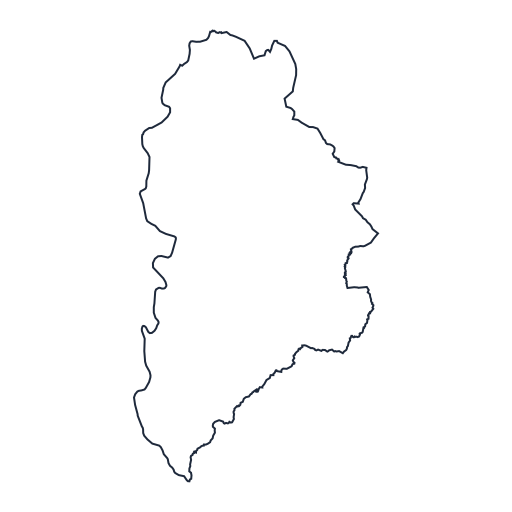 outline of Binduri, Upper East, Ghana
{"feature_id": "2480657B66646573774103", "entity_name": "Binduri", "entity_type": "district", "adm_level": 2, "iso_a3": "GHA", "parent_name": "Ghana", "parent_adm1": "Upper East", "projection": "natural_earth1", "projection_center": [-0.323, 10.946], "detail": "fine", "context": "isolated", "style": "outline", "palette": "slate", "viewbox_px": 512, "rotation_deg": 0, "n_neighbors": 0, "source": "geoboundaries", "source_scale": "gbopen_adm2", "svg_char_len": 6067}
<svg xmlns="http://www.w3.org/2000/svg" viewBox="0 0 512 512"><path d="M373.3,308.8L372.5,307.7L373.2,306.2L373.4,305.2L372.0,303.9L372.4,303.1L371.7,302.5L371.0,300.9L371.1,299.5L370.2,296.8L369.9,294.2L367.7,292.3L368.7,290.0L366.8,287.0L358.3,287.8L357.8,287.5L354.2,287.2L347.5,288.0L346.8,285.6L346.8,283.9L346.2,283.2L346.8,281.7L346.3,280.7L346.1,278.6L345.9,278.1L345.1,278.0L345.1,277.5L343.9,277.1L343.9,276.6L344.8,275.9L344.9,275.3L345.6,275.1L345.4,274.7L344.9,274.9L344.9,274.0L345.5,274.3L345.7,274.0L345.6,272.7L345.1,272.2L345.8,271.4L344.9,268.2L345.2,267.4L344.8,266.8L345.2,266.6L345.0,266.0L345.3,265.7L344.8,264.8L345.4,264.4L345.6,263.2L346.8,263.0L346.7,262.5L347.3,261.8L347.2,260.4L348.6,258.4L348.4,257.9L347.7,257.6L347.8,256.8L348.5,256.4L348.7,254.8L349.2,255.0L350.0,254.6L349.8,253.7L351.1,253.3L351.1,253.0L350.5,252.7L350.6,252.2L350.1,252.2L350.4,251.8L351.5,251.7L350.9,249.3L352.4,248.4L352.6,247.8L355.4,246.7L358.2,246.6L360.3,246.0L363.4,246.3L365.0,245.8L370.9,242.6L374.0,238.2L378.0,233.4L372.5,229.1L371.4,226.6L369.9,224.3L367.4,222.2L365.7,219.7L363.0,218.2L362.0,216.3L355.2,209.5L353.7,205.6L352.6,204.3L353.7,203.2L358.6,203.6L358.3,202.6L360.5,199.1L362.8,193.1L363.7,191.9L365.1,188.0L364.9,184.5L366.9,179.2L367.2,177.7L366.2,170.2L366.5,167.8L362.7,166.9L360.4,167.7L358.4,167.6L356.3,166.2L350.8,165.1L345.8,164.7L338.3,161.8L339.2,160.6L338.7,159.4L338.2,159.9L337.4,158.6L336.3,158.4L336.0,157.5L334.3,157.1L332.7,153.8L334.3,151.5L334.6,148.1L333.4,146.4L332.0,145.4L330.1,144.4L327.2,144.1L325.9,142.9L325.3,141.0L324.7,140.0L323.5,139.3L320.2,132.9L317.5,128.6L313.1,127.1L309.2,127.0L301.7,122.7L297.9,119.9L292.8,119.1L293.4,117.0L294.3,115.3L294.3,111.6L292.1,109.1L290.6,108.0L286.3,106.7L284.6,98.6L292.8,91.4L293.2,87.8L296.1,75.2L296.2,69.1L295.3,64.0L289.5,51.4L285.1,46.0L277.6,42.7L276.9,40.9L274.3,40.9L272.1,45.5L271.3,48.9L270.0,51.9L268.3,49.9L267.3,50.0L265.8,51.1L264.5,55.3L259.3,56.3L254.0,58.7L249.7,48.4L244.6,40.8L236.0,36.8L232.3,35.4L230.4,35.0L226.6,32.0L221.6,33.1L221.1,32.2L220.2,32.5L219.5,32.2L218.2,33.0L216.1,32.4L215.6,31.7L214.0,30.7L213.0,31.3L212.4,30.7L210.8,32.1L210.2,31.9L209.0,36.1L208.1,38.0L206.4,39.8L200.2,41.7L196.2,41.8L192.4,41.2L190.8,41.5L189.6,43.3L189.2,45.7L189.9,50.0L189.6,53.9L188.2,60.5L186.9,62.1L184.0,64.0L182.2,65.7L180.2,64.8L179.7,66.2L175.1,73.9L165.7,82.4L163.3,87.9L163.2,89.7L161.5,97.8L162.3,102.6L162.7,103.5L164.7,105.2L169.1,106.8L170.1,108.3L170.1,112.3L167.6,116.7L161.6,122.5L151.9,127.8L149.2,128.0L145.1,130.7L143.6,132.4L143.1,134.2L142.3,134.8L142.0,137.1L142.3,144.1L142.8,146.2L143.7,148.0L147.7,153.2L149.5,157.0L149.1,170.3L148.7,173.3L146.4,180.6L146.3,186.5L145.7,188.4L145.0,189.0L140.6,191.4L139.8,193.8L143.2,203.2L146.1,218.4L147.3,221.2L151.4,223.9L155.3,225.8L159.9,231.1L165.9,233.9L174.3,236.4L175.5,237.2L175.9,238.0L175.8,239.5L172.1,252.7L170.6,256.1L168.0,257.6L161.4,256.0L158.0,256.3L154.9,258.8L152.9,263.1L153.1,267.5L163.3,278.3L165.5,282.0L166.4,285.2L166.2,286.3L165.0,288.0L164.0,288.5L162.0,288.6L159.8,287.8L158.6,287.9L156.0,289.5L155.2,291.7L154.4,303.5L153.8,307.1L153.8,312.7L155.5,317.9L157.9,320.6L158.6,322.1L158.4,323.5L157.2,325.3L156.2,328.2L154.5,330.8L151.9,332.9L149.8,333.1L148.3,331.9L145.9,327.3L144.5,326.1L143.2,325.9L142.5,326.5L141.8,328.8L141.9,330.9L144.7,338.7L144.3,351.1L145.1,361.7L146.2,365.6L149.6,371.7L150.5,375.3L150.4,377.4L149.1,382.0L145.8,387.9L144.5,389.5L141.5,390.4L138.9,390.8L137.4,391.5L135.2,394.2L134.0,397.5L135.1,404.9L137.6,414.2L137.7,415.7L141.9,426.5L142.7,427.7L143.1,429.4L143.2,433.1L144.2,435.7L147.4,439.4L152.3,443.6L159.2,445.6L160.8,447.1L162.6,450.5L163.8,454.2L167.2,458.1L167.8,459.2L168.5,463.1L170.0,465.8L172.2,467.6L173.6,469.6L174.2,471.7L175.2,473.0L178.8,475.1L184.1,476.2L186.8,480.2L187.9,481.2L189.4,481.3L189.9,479.5L191.2,478.8L191.5,475.4L191.0,472.7L189.3,471.4L189.4,468.5L190.3,466.1L190.1,464.4L191.1,459.9L190.6,457.2L191.1,455.8L192.5,455.0L192.8,453.7L194.3,453.0L194.0,451.9L194.3,451.5L196.0,452.4L196.1,450.9L197.2,450.0L197.5,448.7L200.2,447.3L201.3,446.2L202.8,445.6L203.8,445.6L204.0,444.5L205.8,444.6L207.7,443.8L210.1,442.2L210.7,440.4L212.6,438.4L213.2,435.6L214.9,432.7L214.7,430.2L214.9,428.6L212.9,426.8L212.8,425.5L213.2,423.7L214.9,421.9L219.1,420.2L223.1,421.6L223.8,423.2L224.6,423.6L226.0,422.9L227.9,423.4L228.8,422.9L229.4,421.8L230.8,422.6L232.1,422.3L233.9,419.0L233.6,417.2L234.1,414.0L233.6,412.9L233.6,411.5L234.5,410.1L234.4,408.8L237.0,406.1L237.8,406.5L238.5,405.6L239.2,406.0L240.3,404.8L240.6,402.8L242.8,401.8L243.8,398.8L245.8,397.2L248.9,396.5L250.7,394.1L251.5,393.9L252.5,392.3L253.3,392.1L253.6,391.5L256.4,389.6L256.6,390.3L255.9,391.0L256.0,391.6L256.9,391.8L257.8,391.6L258.2,390.7L257.3,389.9L257.7,389.4L258.5,389.5L259.8,387.2L262.3,387.5L262.2,386.7L264.3,384.1L266.5,380.0L269.8,378.0L270.6,375.1L273.4,375.1L273.4,373.9L274.7,372.7L275.8,370.4L276.5,370.3L276.9,371.1L281.3,371.9L281.4,370.5L281.8,369.6L283.2,368.6L286.8,368.8L291.2,366.5L291.7,366.1L292.4,364.4L293.1,363.9L294.3,363.7L294.5,362.8L293.4,361.8L292.8,360.3L294.3,358.1L293.6,356.5L293.6,355.5L295.0,354.7L295.0,353.9L296.4,352.2L298.3,350.7L298.5,349.2L299.2,348.6L300.1,349.1L300.7,348.1L302.4,347.0L302.2,345.5L304.6,345.3L306.2,345.7L311.0,348.2L312.1,348.0L314.5,348.9L315.2,350.0L316.4,350.4L318.1,349.6L321.4,350.9L322.5,349.9L325.0,350.0L327.3,351.6L328.2,351.2L329.1,350.3L332.0,349.6L334.2,351.5L335.3,351.1L336.4,351.5L339.1,351.1L342.8,353.2L344.0,351.6L346.2,350.0L346.9,348.6L347.0,347.2L347.9,346.0L348.6,342.5L350.1,340.5L349.8,338.4L350.5,338.1L351.4,335.9L352.2,335.9L352.8,336.9L353.8,337.3L354.7,336.5L355.1,336.9L356.6,336.7L357.6,337.1L359.1,336.5L360.0,334.5L359.6,333.8L359.8,333.4L362.1,332.7L362.7,331.9L363.4,328.1L363.7,328.3L364.1,328.0L364.2,326.9L365.1,326.4L365.3,324.3L367.0,322.9L367.4,320.3L367.1,319.4L368.5,318.8L368.6,316.3L368.0,315.7L368.0,315.2L368.6,314.9L368.9,313.4L370.1,313.3L370.1,311.9L371.0,311.7L373.3,308.8Z" fill="none" stroke="#1e293b" stroke-width="2"/></svg>